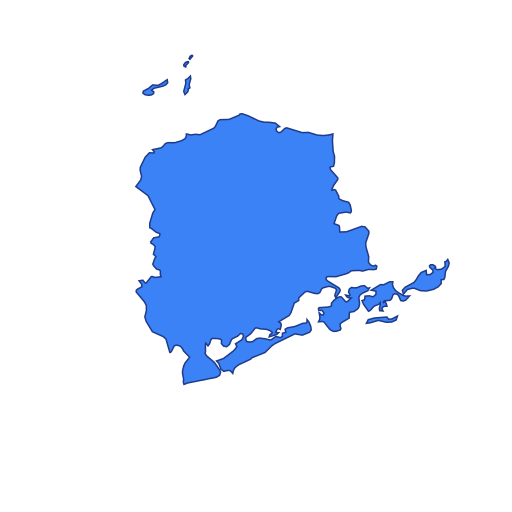 the Province of Camagüey, rotated 118°
{"feature_id": "CUB-1364", "entity_name": "Camagüey", "entity_type": "Province", "adm_level": 1, "iso_a3": "CUB", "parent_name": "Cuba", "parent_adm1": "", "projection": "orthographic", "projection_center": [-77.855, 21.478], "detail": "fine", "context": "isolated", "style": "filled", "palette": "blue", "viewbox_px": 512, "rotation_deg": 118, "n_neighbors": 0, "source": "natural_earth", "source_scale": "10m", "svg_char_len": 6149}
<svg xmlns="http://www.w3.org/2000/svg" viewBox="0 0 512 512"><g transform="rotate(118 256 256)"><path d="M208.3,144.5L211.1,143.7L212.7,145.5L215.0,150.3L219.2,154.7L220.3,158.1L223.4,163.5L224.8,165.3L226.8,166.0L228.8,167.5L236.7,175.6L240.2,182.5L241.4,183.8L243.4,183.5L244.4,181.6L245.2,167.9L246.1,166.0L248.0,165.2L255.4,166.0L253.9,167.9L248.4,168.9L247.2,170.5L248.1,176.3L249.2,178.2L252.7,181.9L254.2,182.6L258.4,182.5L260.2,183.7L261.5,186.6L263.1,194.2L264.7,195.8L272.8,198.6L275.3,197.4L279.6,200.1L290.0,198.5L293.0,198.8L303.5,205.1L303.6,202.6L305.0,201.3L309.4,200.1L309.6,201.9L310.6,202.8L312.2,203.0L314.2,202.7L313.0,200.0L315.4,200.8L321.2,206.4L318.7,206.8L317.0,205.7L315.9,205.7L315.3,208.9L315.8,212.2L318.3,218.0L318.9,220.9L319.8,222.8L327.2,224.2L332.4,226.7L334.0,226.3L335.9,224.1L334.8,220.9L333.1,218.7L328.7,216.7L326.8,214.3L324.7,208.8L323.7,204.6L322.9,203.3L317.7,200.7L316.6,196.2L314.8,194.9L311.8,196.4L309.4,193.8L307.0,195.9L304.6,194.4L300.0,188.6L293.5,183.1L291.7,180.3L290.6,179.9L288.2,181.1L289.6,178.0L292.4,174.6L295.5,172.5L298.2,172.9L304.1,177.9L306.5,185.1L324.7,198.3L328.2,200.0L336.9,202.7L347.6,211.7L349.9,212.5L360.0,220.1L362.6,221.4L365.0,222.2L367.5,222.2L370.6,221.4L369.3,224.8L370.2,227.1L373.0,230.3L372.4,233.9L368.3,238.4L367.2,241.6L361.8,236.6L350.8,231.5L348.0,230.7L344.8,230.4L343.2,232.9L336.5,229.1L332.5,229.4L331.1,231.2L331.7,233.3L335.6,234.7L340.0,238.0L341.7,238.4L346.5,237.9L349.9,239.3L350.8,242.4L349.5,245.5L346.5,246.9L346.1,248.4L347.2,251.7L349.4,256.1L351.4,256.5L355.2,255.8L357.9,256.2L356.6,259.4L358.3,258.9L364.3,255.6L365.9,255.4L367.4,252.6L369.5,242.8L373.8,234.5L375.2,232.7L378.4,232.1L381.6,234.0L400.1,256.6L403.2,259.3L401.4,261.0L398.7,262.1L393.8,266.0L391.6,267.0L387.0,268.2L383.9,268.4L376.5,267.1L373.8,275.5L372.4,277.2L371.4,279.6L371.2,281.3L372.0,284.4L373.6,286.0L380.2,285.9L381.2,286.2L381.6,286.8L371.6,296.5L370.7,300.0L371.5,311.9L365.2,322.4L361.9,325.6L355.8,327.1L351.3,329.5L348.9,332.9L344.0,344.9L342.5,345.6L341.1,345.2L336.7,342.3L334.6,343.7L332.8,347.6L330.5,344.6L331.9,341.2L331.5,340.3L323.4,338.8L322.8,338.0L322.4,335.2L318.8,330.0L317.1,331.9L314.6,333.1L313.6,334.2L314.2,337.7L312.7,341.9L311.6,343.3L306.2,344.2L303.5,344.1L302.6,347.4L296.6,348.8L294.9,349.7L294.0,352.2L294.0,354.6L293.1,355.6L288.0,354.9L284.8,350.8L282.8,350.6L281.4,351.5L281.9,355.3L280.9,360.8L280.9,363.1L277.0,365.2L266.5,367.3L262.4,367.0L253.4,379.7L251.1,394.7L243.1,393.5L239.4,394.4L234.6,398.6L232.0,399.8L220.8,400.2L214.9,398.6L213.1,394.7L211.8,394.6L210.7,397.3L205.1,390.6L203.0,389.6L199.2,388.8L197.2,386.8L194.1,380.9L189.2,375.9L185.7,373.7L182.9,373.8L181.1,374.8L180.5,373.8L180.0,370.8L176.9,366.5L175.2,362.3L163.0,353.3L160.7,352.7L154.6,353.0L152.5,351.7L148.1,344.0L139.6,337.0L138.1,336.8L136.9,335.1L135.9,328.8L135.4,316.8L134.0,311.6L131.4,306.4L129.6,301.2L130.7,295.9L132.3,297.8L134.2,298.0L135.8,296.8L136.5,294.2L135.3,292.3L129.7,290.4L128.4,289.0L125.4,273.2L122.2,267.6L120.5,258.7L117.9,252.8L114.4,247.8L112.1,245.4L118.4,242.6L127.4,237.0L131.2,233.4L137.0,230.5L140.4,229.7L142.3,232.0L143.4,232.2L144.9,230.4L148.6,220.5L150.1,219.7L157.3,220.6L161.8,220.3L162.3,219.8L160.6,218.1L160.4,216.7L164.4,210.9L165.8,210.4L166.5,209.5L166.5,205.8L165.1,199.4L166.7,196.8L171.0,193.2L172.4,192.7L173.7,192.9L174.8,196.9L179.1,202.6L180.8,203.4L183.2,203.5L190.8,202.3L190.1,197.2L190.9,196.1L195.5,193.3L192.1,187.4L180.2,176.6L179.1,173.4L181.1,168.1L183.2,166.9L192.9,165.3L196.3,163.2L203.5,156.3L208.8,153.7L210.0,150.8L210.1,148.7L209.4,147.1L208.0,146.1L208.3,144.5ZM284.8,149.8L286.1,152.0L286.4,154.3L286.0,156.8L282.3,165.1L282.8,166.9L284.8,169.9L282.1,170.0L280.1,170.8L276.5,173.6L277.3,170.3L276.2,168.8L274.4,169.3L273.0,172.3L274.2,174.1L274.3,175.4L273.0,176.2L272.0,176.0L271.4,175.1L266.8,167.7L264.7,166.0L262.3,167.2L258.6,166.4L254.9,164.7L252.6,162.9L252.1,161.3L254.3,155.3L253.5,154.0L248.4,152.2L249.6,155.4L249.3,156.9L248.4,158.5L247.2,154.7L246.1,154.7L244.4,157.3L241.6,158.1L239.0,157.0L237.9,154.0L236.4,151.8L233.4,149.4L231.3,146.4L232.1,142.1L230.9,140.9L234.2,141.0L238.7,144.4L241.4,145.8L244.2,145.8L249.6,142.1L252.6,141.2L255.0,141.4L259.0,143.4L261.9,147.1L267.1,144.6L274.5,149.1L276.5,149.8L278.7,148.5L280.1,147.0L281.7,146.8L284.8,149.8ZM188.8,99.0L192.4,96.7L190.8,93.7L187.3,91.9L185.4,93.4L184.5,97.0L183.4,98.2L181.8,97.8L180.7,95.8L180.7,93.5L181.4,92.1L183.0,92.7L183.0,89.5L180.3,85.8L176.3,84.1L172.5,86.5L171.6,85.6L169.0,85.1L171.4,82.2L174.7,81.3L180.8,81.4L186.3,79.2L188.6,79.1L190.0,81.4L193.4,79.5L197.7,80.7L202.0,83.5L206.8,88.9L209.4,94.5L210.1,100.6L210.8,102.5L214.5,106.6L220.4,107.9L217.6,110.7L213.5,109.6L205.2,104.1L201.4,103.4L197.3,103.3L193.0,102.4L188.8,99.0ZM222.7,132.6L221.6,129.9L216.1,125.9L214.5,123.1L217.2,122.1L219.5,119.7L220.9,116.7L221.5,113.7L221.7,107.0L221.1,104.9L219.2,101.7L224.5,103.0L226.6,104.7L227.4,107.3L224.6,110.8L223.4,113.1L224.4,116.1L225.9,116.8L230.1,116.2L232.2,116.8L235.3,121.7L237.9,122.0L235.6,120.6L237.1,118.4L238.9,116.8L240.2,119.1L241.9,120.2L243.6,119.9L244.9,118.0L246.2,121.1L244.4,122.5L241.3,123.2L238.9,124.4L240.9,124.9L244.9,128.2L250.2,129.5L252.0,130.7L248.1,138.4L245.6,141.5L243.7,139.6L240.2,140.9L237.9,137.1L237.1,133.4L233.5,132.1L230.7,133.6L232.1,138.2L222.7,132.6ZM164.5,426.1L165.7,429.7L165.3,432.3L163.4,432.9L158.3,429.5L153.5,427.6L151.3,422.6L148.1,420.4L142.0,417.2L144.5,415.3L147.2,416.0L149.7,417.9L155.7,424.7L158.6,426.1L159.1,423.2L160.7,422.7L162.7,423.8L164.5,426.1ZM248.4,111.8L249.6,109.3L247.8,106.5L242.6,102.9L246.8,102.2L250.6,105.2L253.3,109.8L255.4,117.7L261.2,123.6L263.6,126.9L259.5,127.0L255.2,122.4L248.4,111.8ZM146.8,394.5L144.6,397.1L136.5,399.0L133.7,400.9L131.0,399.3L127.9,398.4L130.1,396.8L136.1,395.5L138.6,393.3L139.5,393.7L139.9,394.5L141.7,393.5L143.4,393.4L146.8,394.5ZM121.7,406.2L122.2,407.0L122.2,408.7L121.0,409.6L118.3,409.2L116.5,407.7L116.2,406.9L116.9,406.4L122.0,407.7L121.7,406.2ZM109.1,405.8L113.4,406.7L113.1,407.8L110.5,407.9L108.8,406.8L109.1,405.8Z" fill="#3b82f6" stroke="#1e3a8a" stroke-width="1.5"/></g></svg>